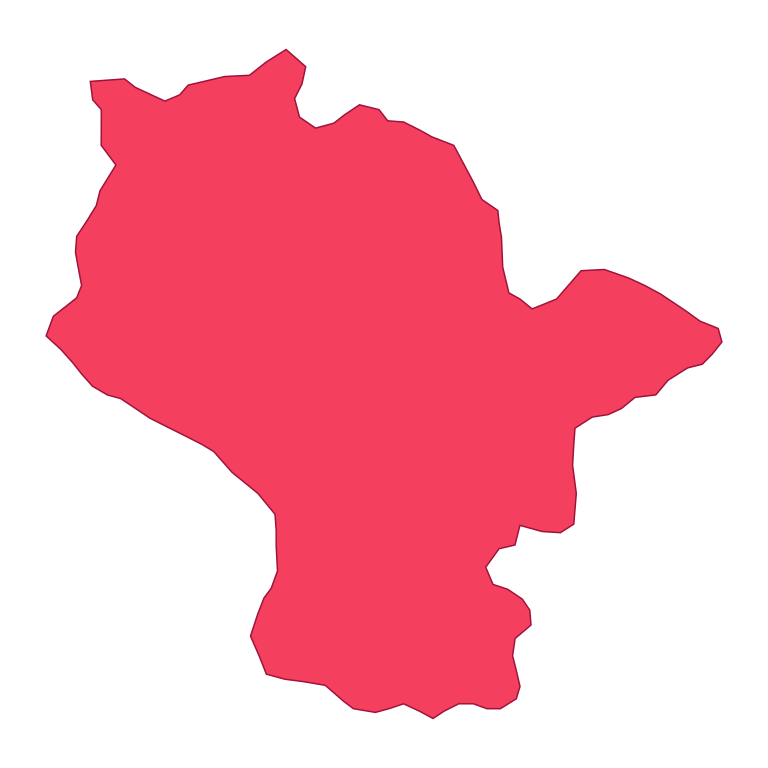 Komi Kepir, Cyprus (Albers equal-area conic projection)
{"feature_id": "46923920B77535309338235", "entity_name": "Komi Kepir", "entity_type": "district", "adm_level": 2, "iso_a3": "CYP", "parent_name": "Cyprus", "parent_adm1": "", "projection": "albers", "projection_center": [33.993, 35.411], "detail": "fine", "context": "isolated", "style": "filled", "palette": "rose", "viewbox_px": 768, "rotation_deg": 0, "n_neighbors": 0, "source": "geoboundaries", "source_scale": "gbopen_adm2", "svg_char_len": 1663}
<svg xmlns="http://www.w3.org/2000/svg" viewBox="0 0 768 768"><path d="M46.1,335.9L60.8,349.4L73.0,363.0L81.6,374.0L92.6,386.3L107.3,394.9L120.7,398.6L139.1,410.9L150.1,418.3L169.7,428.2L182.0,434.3L201.5,444.2L213.8,451.6L232.2,472.5L257.9,493.4L275.0,514.3L276.2,530.3L276.2,546.3L277.5,570.9L271.3,588.1L264.0,598.0L257.8,613.9L250.5,636.1L259.1,655.8L263.9,667.9L266.4,674.2L284.8,679.2L303.2,681.6L325.2,685.3L343.6,701.3L353.4,708.7L375.4,712.4L388.9,708.7L403.6,703.8L419.5,711.2L433.0,718.5L444.0,711.2L458.7,703.8L473.4,703.8L486.9,708.7L500.4,708.7L516.3,698.8L520.0,686.5L516.3,670.5L512.6,655.8L515.1,638.5L531.0,625.0L529.8,610.2L522.4,599.2L507.7,589.3L493.0,584.4L485.7,567.2L499.1,548.7L515.0,545.0L519.9,525.4L542.0,531.5L560.4,532.7L573.8,524.1L576.3,493.4L572.6,465.1L573.8,444.2L575.0,428.2L592.2,417.1L608.1,414.6L621.5,408.5L635.0,397.4L655.8,394.9L668.1,380.2L687.6,367.9L702.3,364.2L712.1,354.3L721.9,342.0L718.2,328.5L699.9,321.1L686.4,311.3L660.7,294.1L644.8,285.5L628.8,278.1L604.4,269.5L581.1,270.7L556.6,299.0L532.1,308.9L519.9,299.0L508.9,292.9L502.7,267.1L501.5,237.6L499.1,222.8L497.8,210.5L481.9,199.5L473.4,182.2L462.3,161.3L453.8,145.4L431.7,136.8L420.7,130.6L403.6,122.0L387.7,120.8L379.1,109.7L359.5,104.8L344.8,114.6L333.8,123.2L315.5,128.1L299.5,117.1L294.6,98.6L302.0,83.9L305.7,66.7L286.1,49.5L266.5,61.8L249.4,75.3L224.9,76.5L188.2,85.1L179.6,94.9L164.9,101.1L135.5,87.5L124.5,78.9L90.3,81.4L92.7,99.8L101.3,109.7L101.3,123.2L101.2,145.3L115.9,165.0L100.0,190.8L96.3,205.6L86.5,221.5L76.7,236.3L75.5,252.3L77.9,265.8L81.6,285.5L76.7,297.8L53.4,316.2L46.1,335.9Z" fill="#f43f5e" stroke="#9f1239" stroke-width="1.5"/></svg>